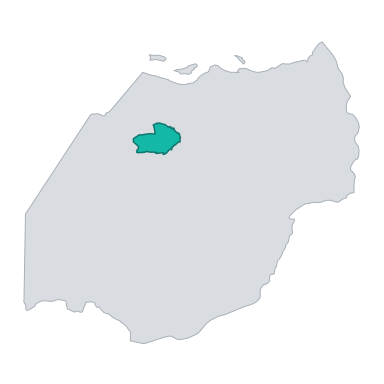 Kiteto, Manyara, United Republic of Tanzania (highlighted), rotated 271°
{"feature_id": "72390352B80776151350042", "entity_name": "Kiteto", "entity_type": "district", "adm_level": 2, "iso_a3": "TZA", "parent_name": "United Republic of Tanzania", "parent_adm1": "Manyara", "projection": "robinson", "projection_center": [36.709, -5.194], "detail": "fine", "context": "in_parent", "style": "filled", "palette": "teal", "viewbox_px": 384, "rotation_deg": 271, "n_neighbors": 0, "source": "geoboundaries", "source_scale": "gbopen_adm2", "svg_char_len": 7914}
<svg xmlns="http://www.w3.org/2000/svg" viewBox="0 0 384 384"><g transform="rotate(271 192 192)"><path d="M138.5,286.7L134.0,284.0L130.0,282.4L126.6,280.6L125.2,278.9L122.1,278.2L119.4,277.9L116.9,276.3L111.8,275.7L111.2,274.7L111.1,272.3L110.2,271.6L108.4,271.0L106.4,271.0L105.1,271.4L104.4,271.2L102.7,269.8L101.2,268.0L100.6,265.2L98.3,263.3L95.6,261.9L88.1,262.0L86.9,261.6L85.1,260.1L83.0,257.7L81.3,255.0L79.9,251.3L78.3,246.3L69.7,226.3L68.8,222.5L67.1,218.3L64.3,213.2L61.4,209.4L57.4,205.9L52.9,202.4L50.5,200.1L45.9,190.7L44.9,186.3L44.2,181.7L44.4,179.9L47.3,174.0L47.6,172.4L47.2,170.1L45.8,165.4L44.0,159.8L40.3,149.4L39.7,146.8L39.8,144.8L41.9,134.3L41.9,132.9L50.5,133.1L56.8,128.4L62.2,121.6L63.3,118.7L65.6,114.3L67.7,112.1L68.6,110.6L69.8,106.2L72.7,103.2L75.5,100.9L74.9,99.3L75.3,98.7L76.8,97.5L79.8,96.4L80.4,94.1L80.4,91.5L79.9,90.0L80.0,88.4L79.5,87.4L77.6,87.2L74.7,85.9L72.3,85.3L70.6,84.6L70.0,84.0L69.8,82.4L71.1,78.4L69.8,76.8L72.7,70.1L73.3,69.3L74.4,69.2L76.1,68.5L77.7,68.1L79.0,68.4L80.0,68.1L80.8,67.4L81.5,65.1L82.1,61.3L81.8,58.2L80.5,55.8L80.2,52.2L80.8,47.4L80.3,43.3L79.0,40.1L77.5,38.1L75.4,37.2L72.0,32.3L70.9,29.9L71.1,28.4L72.3,27.8L74.5,28.0L76.5,27.4L78.4,26.1L80.2,25.7L81.2,25.9L167.1,25.9L267.5,89.3L267.9,90.1L268.7,95.5L268.5,97.4L267.0,100.5L266.5,102.2L266.5,103.3L266.9,103.8L268.2,103.9L269.3,104.7L269.7,105.3L270.6,107.6L271.7,108.8L309.8,139.9L310.7,140.4L310.1,143.0L308.0,149.3L307.8,152.0L307.0,155.1L306.2,157.1L304.0,166.0L302.1,169.4L299.6,177.2L299.2,183.1L300.6,187.3L301.1,191.2L304.0,195.1L306.4,196.5L308.0,198.2L310.8,202.2L312.4,206.3L317.4,208.2L319.4,212.7L318.7,215.8L316.3,218.4L314.1,222.6L312.4,228.1L312.3,236.4L313.5,235.2L316.2,237.2L316.5,243.4L313.7,250.6L312.9,253.9L312.8,256.8L314.7,265.4L317.8,269.8L317.5,271.1L316.8,272.3L321.9,280.0L321.5,286.8L323.4,292.0L324.3,296.5L325.5,300.0L325.8,302.4L324.2,305.1L328.0,305.8L330.2,307.9L331.2,310.0L333.9,309.9L335.4,311.4L337.5,312.5L342.2,316.0L343.5,317.8L344.3,319.5L331.3,330.5L326.6,333.4L323.2,334.7L319.7,335.4L316.3,337.2L313.1,339.9L309.0,341.3L304.0,341.3L298.7,343.2L290.4,348.9L285.6,345.8L281.9,344.8L277.5,344.9L274.9,345.3L273.9,345.9L273.1,347.9L272.4,351.1L269.5,354.1L264.6,357.1L260.0,358.1L255.8,357.4L252.9,356.2L251.4,354.5L249.2,353.7L246.3,353.8L243.6,355.0L240.9,357.3L236.7,358.3L230.9,358.0L227.8,356.9L227.4,355.0L224.8,352.8L220.2,350.2L216.7,350.2L214.5,352.6L212.5,354.2L210.7,354.8L209.1,354.9L206.7,354.2L200.3,353.9L194.2,354.0L193.6,350.5L192.3,348.3L191.3,347.0L189.2,346.7L188.6,345.7L187.9,343.5L186.8,341.6L185.5,340.1L184.6,338.6L184.3,337.3L184.6,335.8L185.8,332.2L186.2,329.7L186.1,327.1L185.4,324.5L183.9,321.4L184.1,320.5L183.6,318.3L183.5,316.9L183.8,315.0L183.5,312.6L182.3,307.3L182.3,306.0L181.0,303.5L176.9,297.5L176.7,296.7L170.4,290.7L167.8,289.4L166.9,290.5L166.6,291.6L166.8,293.5L166.7,294.5L166.4,294.9L164.9,294.8L164.0,294.6L161.6,293.0L159.7,292.6L155.1,292.9L153.4,293.3L152.2,292.9L149.7,290.2L146.8,289.6L144.2,289.4L139.9,286.3L138.5,286.7ZM318.1,186.4L320.2,193.0L319.9,194.2L318.5,195.0L317.7,195.0L316.8,194.0L316.1,191.8L315.0,192.3L313.1,189.6L311.2,189.5L309.5,186.3L310.2,183.5L309.8,178.8L311.9,176.4L313.0,172.3L314.3,175.1L314.6,179.5L316.4,184.5L318.1,186.4ZM328.3,147.0L328.4,148.6L328.0,150.1L328.1,154.8L327.9,157.9L326.4,162.2L325.1,163.7L323.9,163.3L323.0,162.6L322.3,161.4L323.8,153.5L323.0,147.7L326.0,148.2L328.3,147.0ZM323.9,242.3L322.4,242.7L321.8,242.3L320.9,241.0L322.5,239.9L324.1,237.8L327.6,234.7L329.3,232.1L329.0,234.6L327.0,239.9L325.3,240.3L323.9,242.3Z" fill="#d9dde1" stroke="#a8b0b8" stroke-width="1"/><path d="M230.8,166.0L231.1,166.2L231.4,166.4L231.6,166.7L231.8,166.8L232.0,167.0L232.3,167.2L232.8,167.7L233.1,167.9L233.2,168.0L233.7,168.5L233.9,168.6L233.9,168.8L234.0,168.9L234.0,169.0L234.1,169.3L234.3,169.4L234.4,169.5L234.5,169.7L234.6,169.9L234.6,170.2L234.5,170.4L234.5,170.5L234.3,170.7L234.6,170.7L234.7,170.8L234.8,170.8L235.0,170.7L235.0,170.8L235.3,170.9L235.3,171.0L235.5,170.9L235.8,171.0L236.0,171.2L236.3,171.3L236.5,171.3L236.7,171.6L236.8,171.7L236.8,171.8L236.9,172.0L237.1,172.5L237.9,172.8L238.2,173.0L238.3,173.0L238.3,173.3L238.4,173.5L238.6,173.8L238.8,174.1L238.8,174.4L238.9,174.7L239.0,174.7L239.0,174.8L239.2,175.0L239.3,175.0L239.5,175.1L239.7,175.3L239.9,175.5L240.1,175.6L240.3,175.8L240.5,176.1L240.7,176.3L240.8,176.5L241.0,176.7L241.3,177.3L241.5,177.6L241.6,177.9L241.9,178.4L241.9,178.6L242.0,179.2L242.4,179.1L242.5,179.1L242.8,179.0L243.0,179.0L243.3,179.0L243.7,179.0L243.8,179.0L244.1,179.0L244.6,179.0L244.9,179.0L245.2,179.1L245.3,179.1L245.5,179.2L245.6,179.3L245.8,179.4L245.9,179.5L246.0,179.4L246.5,179.3L247.1,179.1L247.8,178.7L248.5,178.6L248.9,178.6L249.7,178.3L249.8,178.4L250.2,178.0L250.3,178.0L250.4,177.8L250.5,177.7L250.6,177.4L250.4,177.2L250.5,177.1L250.6,176.8L250.8,176.7L250.8,176.2L251.0,176.1L251.1,175.9L251.2,175.6L251.3,175.6L251.5,175.5L251.8,175.0L251.9,174.9L252.0,174.7L252.2,174.3L252.4,174.1L252.6,174.1L252.6,173.9L252.9,173.8L253.0,173.9L253.2,173.7L253.3,173.6L253.5,173.4L253.7,173.2L253.9,172.9L254.0,173.0L254.3,173.1L254.5,173.1L254.9,173.1L255.2,173.2L255.3,173.2L255.3,173.3L255.5,172.7L255.4,172.3L255.5,172.1L255.3,172.1L255.0,172.1L254.7,172.2L254.4,172.2L254.6,171.8L254.9,171.1L255.1,170.9L255.6,170.3L255.6,170.2L255.8,170.1L255.9,169.9L256.0,169.8L256.0,169.6L255.9,169.5L256.0,169.4L256.4,169.3L256.5,169.4L256.5,169.2L256.6,168.9L256.9,168.6L256.7,168.5L256.8,168.1L256.7,167.9L256.4,167.7L256.4,167.4L256.5,167.2L256.6,166.7L257.0,166.4L257.2,166.2L257.4,165.9L257.8,165.5L258.9,163.9L260.4,158.1L260.4,157.8L259.7,156.7L260.3,155.9L258.3,152.1L256.3,152.9L254.3,153.4L253.8,153.4L250.7,154.0L249.5,154.2L249.5,153.6L249.5,153.4L249.4,152.9L249.4,152.6L249.4,152.3L249.4,151.9L249.4,151.7L249.5,151.2L249.6,150.2L249.6,149.9L249.6,149.6L249.5,149.3L249.5,148.8L249.5,148.5L249.4,148.0L249.4,147.4L249.4,147.1L249.2,146.3L249.2,146.1L249.2,145.9L249.0,144.9L248.9,144.3L248.8,144.1L248.8,143.7L248.7,143.4L248.7,143.2L248.6,142.9L248.6,142.6L248.5,142.4L248.4,141.8L248.3,141.3L248.3,140.9L248.2,140.5L248.2,139.9L248.2,139.7L248.2,138.2L247.4,137.0L247.0,136.5L246.6,135.9L246.4,135.6L246.3,135.4L246.1,135.2L245.9,134.9L245.5,134.2L245.3,133.9L244.9,133.4L244.6,133.0L244.4,132.7L244.2,132.5L243.7,132.5L243.4,132.5L242.8,132.5L242.1,132.5L241.8,132.5L241.6,132.5L241.3,132.5L241.2,132.6L240.8,132.9L240.3,133.5L240.2,133.7L240.0,133.8L239.8,134.1L239.6,134.3L239.5,134.5L239.1,135.0L238.6,135.4L238.3,135.8L238.2,136.0L237.7,136.4L237.0,137.2L236.7,137.4L236.4,137.7L236.2,137.8L236.0,137.7L235.9,137.7L235.7,137.7L235.4,137.7L235.2,137.6L234.8,137.4L234.6,137.4L234.4,137.5L234.2,137.4L233.9,137.3L233.6,137.0L233.4,136.8L233.3,136.6L233.1,136.4L232.9,136.4L232.7,136.5L232.5,136.4L232.4,136.4L232.2,136.4L232.0,136.2L231.5,136.1L231.4,136.1L231.2,136.1L230.9,136.1L230.7,136.1L230.6,136.4L230.6,136.6L230.5,136.8L230.4,136.9L230.4,137.0L230.3,137.5L230.4,137.9L230.4,138.2L230.6,139.6L230.5,140.4L230.5,140.5L230.6,141.1L230.7,141.3L230.8,141.9L230.8,142.1L230.7,142.2L230.8,142.4L230.8,142.7L230.8,143.0L230.8,143.3L230.9,143.6L230.9,143.8L230.9,144.0L231.0,144.3L231.1,144.5L231.4,144.9L231.5,145.0L231.7,145.4L231.7,145.7L231.7,146.2L231.7,146.4L231.7,146.6L231.6,146.8L231.5,147.2L231.4,147.4L231.4,147.7L231.4,148.2L231.3,148.3L231.3,148.6L231.3,148.8L231.3,149.2L231.3,149.3L231.3,149.6L231.2,149.8L231.0,150.2L231.1,150.7L231.1,151.6L231.2,151.9L231.2,152.0L231.3,152.4L231.3,152.7L231.2,152.9L231.1,153.3L231.0,153.7L230.6,154.8L230.5,155.1L230.4,155.3L230.2,155.3L230.1,155.5L230.0,155.8L229.9,156.0L230.0,156.1L230.7,156.3L230.2,156.7L230.1,156.8L230.0,157.1L230.0,157.5L230.5,159.3L230.5,160.2L230.6,161.2L230.6,162.0L230.6,162.8L230.2,162.7L229.6,162.6L229.2,162.6L229.5,164.3L229.9,164.9L230.4,165.4L230.8,166.0Z" fill="#14b8a6" stroke="#0f766e" stroke-width="1.5"/></g></svg>